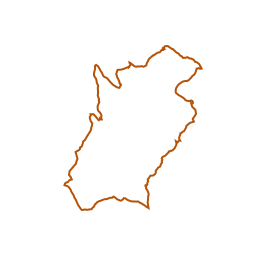 outline of Lupeni, Hunedoara, Romania, rotated 35°
{"feature_id": "2599482B30963415066220", "entity_name": "Lupeni", "entity_type": "district", "adm_level": 2, "iso_a3": "ROU", "parent_name": "Romania", "parent_adm1": "Hunedoara", "projection": "robinson", "projection_center": [23.198, 45.349], "detail": "fine", "context": "isolated", "style": "outline", "palette": "amber", "viewbox_px": 256, "rotation_deg": 35, "n_neighbors": 0, "source": "geoboundaries", "source_scale": "gbopen_adm2", "svg_char_len": 5669}
<svg xmlns="http://www.w3.org/2000/svg" viewBox="0 0 256 256"><g transform="rotate(35 128 128)"><path d="M190.7,181.8L186.5,177.3L186.1,176.4L185.5,175.3L184.9,174.2L183.7,172.4L183.4,171.5L183.3,171.0L182.8,170.3L182.0,169.5L181.0,168.8L178.8,167.6L177.6,167.3L176.9,166.0L175.6,165.6L175.2,164.8L176.3,163.8L176.3,163.3L175.3,162.0L175.1,160.1L174.2,159.5L173.6,158.5L173.8,157.4L173.7,154.3L176.0,152.3L176.6,149.9L176.2,148.2L175.3,147.1L175.3,146.0L175.5,144.4L175.4,143.0L176.3,141.6L176.2,140.0L175.7,138.9L175.7,136.9L175.1,136.2L174.6,135.8L174.6,135.0L174.2,134.1L173.1,133.7L172.9,132.8L173.0,131.7L174.4,129.3L174.8,126.9L175.2,124.8L174.9,124.0L175.3,123.9L176.0,122.1L176.7,121.7L177.3,120.8L177.8,117.9L177.2,113.9L176.3,112.6L174.8,111.3L176.9,111.3L177.0,108.6L177.8,108.4L176.7,107.7L176.0,107.4L175.7,106.9L175.3,106.2L175.2,105.9L174.9,105.1L174.9,104.2L174.4,103.3L174.0,102.3L174.5,101.9L174.9,99.7L175.6,98.9L175.7,98.2L175.3,94.1L174.6,93.0L175.7,88.4L178.3,85.0L175.8,83.5L175.8,80.4L175.6,77.4L172.8,74.5L168.5,73.8L165.5,71.5L166.9,70.6L166.8,70.1L166.0,69.4L165.0,69.0L163.8,69.3L163.8,70.1L162.0,71.2L160.7,71.9L158.8,72.2L157.8,71.8L156.4,71.6L154.4,71.6L154.0,71.7L153.0,71.7L152.5,71.8L150.6,72.0L147.0,71.7L145.7,70.3L144.6,67.9L144.4,64.1L144.8,62.2L145.5,60.4L146.4,58.3L147.4,57.3L148.3,56.3L149.5,55.6L149.6,55.0L150.0,54.6L150.3,54.0L150.5,52.3L150.8,51.4L150.8,50.0L151.0,47.9L151.4,47.3L151.7,45.2L151.3,43.4L150.2,39.9L150.6,39.6L151.1,39.1L151.3,38.6L152.1,38.3L152.9,38.2L153.7,37.7L154.2,37.1L152.8,36.3L151.7,36.0L151.1,35.5L149.5,34.8L148.8,34.8L148.1,34.7L146.9,34.7L145.9,34.9L145.0,35.3L143.8,34.8L142.2,34.4L141.7,34.6L139.7,34.9L139.4,35.2L138.5,35.8L136.9,35.7L136.1,35.9L135.9,36.1L135.6,36.5L135.2,37.2L134.8,37.4L134.3,37.9L133.7,38.3L133.2,38.9L132.5,39.0L131.9,38.7L131.1,38.4L130.7,38.7L130.2,38.6L129.0,38.7L128.3,38.6L127.5,38.3L126.9,38.1L125.9,38.1L125.3,38.3L124.7,38.3L124.3,38.2L123.1,38.3L122.2,38.0L121.1,38.0L120.3,37.6L119.8,37.6L119.6,37.6L119.1,38.0L114.5,38.1L113.6,38.0L112.9,38.6L111.7,39.5L111.3,40.0L111.4,41.3L110.8,42.0L110.7,42.8L110.9,43.0L111.1,43.0L112.5,42.7L112.4,42.9L112.3,43.7L112.1,43.9L111.4,44.4L110.9,44.8L110.7,45.2L110.7,45.5L110.8,46.3L110.6,47.2L110.5,47.9L109.2,49.2L108.8,49.9L108.3,51.1L108.1,51.7L107.7,53.0L107.3,53.9L106.9,54.0L106.4,56.0L105.7,58.8L105.6,59.9L106.1,62.5L106.2,64.2L106.5,64.7L106.5,64.9L106.9,65.6L107.0,66.0L107.0,66.3L106.8,66.9L106.1,68.1L105.8,68.5L105.7,68.8L105.4,69.0L104.2,69.3L103.8,69.5L103.6,69.8L103.3,69.9L102.7,70.6L100.6,72.1L99.7,73.0L98.7,73.5L97.9,73.7L97.3,73.7L95.9,73.6L92.5,73.4L91.7,73.5L92.2,74.0L93.9,74.5L93.6,77.2L93.7,77.3L93.9,77.3L94.0,77.4L93.8,77.8L93.7,78.4L93.1,78.2L91.6,80.3L91.2,81.2L89.9,82.9L89.6,83.4L89.0,84.0L86.1,86.4L86.2,87.0L86.6,87.9L86.7,88.6L87.1,89.4L87.2,90.2L87.3,90.4L87.8,90.7L88.1,91.1L88.3,91.3L89.1,91.8L90.0,92.6L90.3,92.8L91.8,93.4L93.1,94.3L94.0,94.7L94.5,95.1L94.8,95.8L95.0,95.9L95.6,96.0L95.9,96.3L96.3,96.4L97.1,96.4L97.3,96.5L97.1,97.0L97.3,97.2L97.5,97.3L97.7,97.5L97.7,98.3L97.8,99.6L97.9,100.0L96.7,100.7L94.4,101.1L91.1,101.2L86.6,100.4L82.9,99.3L81.5,99.2L80.2,99.6L78.3,99.7L77.3,99.2L74.6,97.5L73.3,97.2L71.1,96.0L68.0,94.6L65.7,94.6L65.3,95.8L65.7,96.7L66.7,97.7L67.5,99.4L67.9,100.4L68.0,101.0L68.4,101.7L68.7,102.6L69.7,104.1L70.2,104.6L70.6,104.8L73.5,106.0L74.1,106.4L75.3,107.5L76.2,108.6L79.1,110.4L79.6,111.0L79.9,111.9L80.1,112.2L80.5,112.5L80.8,113.3L82.0,114.5L82.5,115.4L83.8,117.0L84.2,118.0L84.4,118.5L85.0,119.1L85.6,119.4L85.9,119.7L86.4,120.1L86.8,120.5L87.5,120.8L87.9,121.3L88.1,121.9L88.5,122.5L89.2,122.7L89.4,122.9L89.6,123.3L89.7,123.6L89.7,124.0L89.9,124.4L89.9,124.9L90.2,125.9L90.3,126.5L90.5,127.4L91.9,129.3L92.6,130.1L93.3,130.7L93.7,130.9L96.6,131.6L97.9,132.2L98.7,132.7L99.1,132.9L99.3,133.3L99.4,133.9L100.0,134.5L100.4,135.3L100.9,135.7L101.4,135.9L101.6,136.1L101.0,136.5L100.0,136.4L100.1,136.5L99.9,137.5L99.6,138.4L99.0,138.3L98.4,138.1L96.0,137.5L95.1,137.1L93.8,136.9L92.2,136.6L91.7,136.6L91.3,136.8L91.0,137.0L90.5,137.6L89.5,138.2L90.2,138.7L90.3,139.1L90.3,140.5L90.7,141.4L91.3,142.0L93.8,143.9L95.9,144.5L97.1,146.6L97.6,148.5L98.9,151.3L99.2,157.6L99.6,162.7L99.0,164.7L100.1,167.3L100.7,170.0L100.3,170.6L99.9,171.5L100.7,172.7L100.4,174.4L98.8,177.7L104.3,182.2L105.0,185.1L105.8,187.1L104.9,196.8L106.6,200.3L108.9,200.9L111.5,202.4L110.0,204.3L109.7,206.9L108.7,208.1L108.2,209.7L108.8,211.3L110.2,210.8L110.6,210.7L112.1,210.3L113.2,210.4L113.7,210.5L115.3,211.0L116.6,211.6L117.5,212.3L118.7,212.9L120.9,213.8L121.8,214.2L124.3,215.9L125.7,216.3L127.5,217.4L129.1,218.4L131.4,219.7L133.4,220.5L134.8,221.0L135.9,221.4L136.5,221.6L137.0,221.6L137.3,221.5L137.9,221.2L138.6,220.2L139.6,219.4L140.0,219.2L141.5,218.4L142.3,217.7L143.3,216.6L144.3,215.8L144.6,215.5L144.8,215.2L144.8,214.9L144.8,214.5L144.7,213.8L144.8,213.0L145.1,212.3L145.1,212.1L145.1,211.5L144.9,210.5L144.8,209.0L145.0,208.4L145.3,207.7L145.3,207.3L145.3,206.8L145.3,206.4L145.4,206.1L146.5,204.3L146.8,203.9L147.4,203.3L148.0,202.1L149.5,200.0L150.2,199.3L150.8,198.9L151.5,198.3L151.7,198.1L152.0,197.4L152.2,197.1L152.5,196.7L153.5,195.3L154.0,194.9L154.5,194.6L155.0,194.3L155.1,194.1L155.2,193.6L155.4,192.7L155.6,192.4L157.4,192.4L160.0,192.6L163.3,191.9L163.8,191.6L164.2,191.1L164.4,190.5L164.7,189.7L164.8,189.1L164.7,188.4L164.7,188.2L165.0,187.8L165.4,187.5L165.9,187.2L168.6,187.2L169.8,187.0L172.8,186.2L173.4,185.8L174.7,185.0L175.3,184.6L177.2,183.4L178.3,182.5L178.8,182.3L179.4,182.3L180.1,182.4L181.1,182.3L182.6,182.0L184.8,182.0L185.9,181.8L188.6,182.0L189.8,181.8L190.7,181.8Z" fill="none" stroke="#b45309" stroke-width="2"/></g></svg>